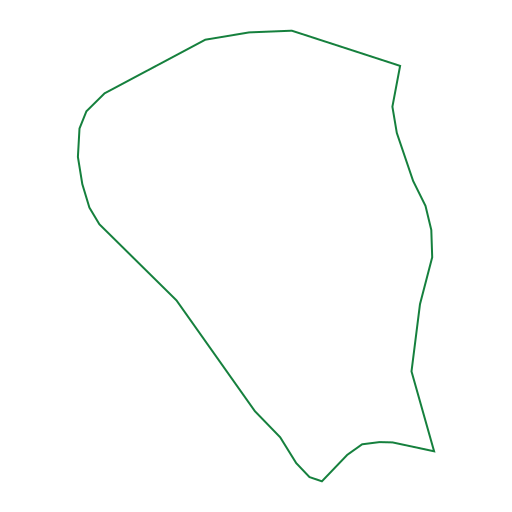 the border of Chandigarh
{"feature_id": "IND-2427", "entity_name": "Chandigarh", "entity_type": "Union Territory", "adm_level": 1, "iso_a3": "IND", "parent_name": "India", "parent_adm1": "", "projection": "equal_earth", "projection_center": [76.773, 30.736], "detail": "fine", "context": "isolated", "style": "outline", "palette": "green", "viewbox_px": 512, "rotation_deg": 0, "n_neighbors": 0, "source": "natural_earth", "source_scale": "10m", "svg_char_len": 487}
<svg xmlns="http://www.w3.org/2000/svg" viewBox="0 0 512 512"><path d="M291.8,30.7L400.1,65.9L392.4,106.7L396.8,132.9L413.1,180.9L425.5,205.9L431.3,230.0L432.2,257.3L420.0,304.1L411.5,371.4L434.1,451.3L392.5,442.4L379.5,442.1L362.1,444.3L347.3,454.8L321.9,481.3L309.5,477.1L296.2,463.1L280.2,437.3L254.9,411.2L176.5,300.4L99.4,224.3L89.4,207.6L82.3,184.1L77.9,156.9L79.5,128.5L86.4,111.3L104.6,93.3L205.3,39.7L249.1,32.4L291.8,30.7Z" fill="none" stroke="#15803d" stroke-width="2"/></svg>